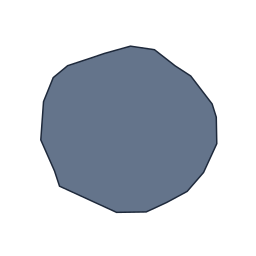 outline of Nakhchivan City, Naxçıvan, Azerbaijan, rotated 22°
{"feature_id": "54616110B79262118902245", "entity_name": "Nakhchivan City", "entity_type": "district", "adm_level": 2, "iso_a3": "AZE", "parent_name": "Azerbaijan", "parent_adm1": "Naxçıvan", "projection": "natural_earth1", "projection_center": [45.413, 39.213], "detail": "fine", "context": "isolated", "style": "filled", "palette": "slate", "viewbox_px": 256, "rotation_deg": 22, "n_neighbors": 0, "source": "geoboundaries", "source_scale": "gbopen_adm2", "svg_char_len": 426}
<svg xmlns="http://www.w3.org/2000/svg" viewBox="0 0 256 256"><g transform="rotate(22 128 128)"><path d="M140.0,50.3L123.2,45.5L99.6,51.2L78.2,67.7L62.8,80.9L48.7,92.8L39.8,109.3L39.8,135.2L51.6,171.7L76.0,195.4L86.3,207.6L148.6,210.5L149.0,210.5L176.3,199.0L191.8,182.5L206.6,164.6L214.7,140.9L216.2,109.3L205.8,84.9L197.0,74.2L166.7,56.3L148.3,52.7L140.0,50.3Z" fill="#64748b" stroke="#1e293b" stroke-width="1.5"/></g></svg>